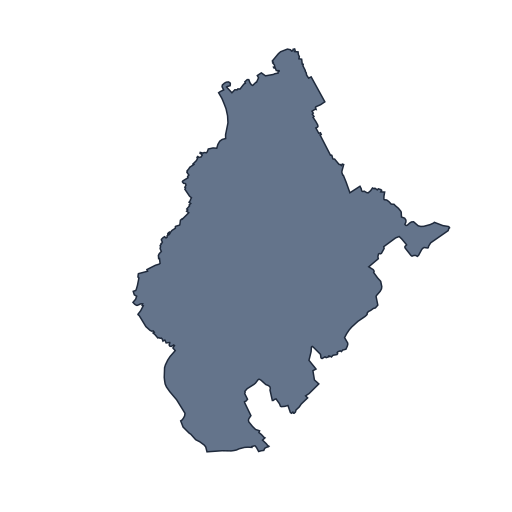 Thanh Hoa, Thanh Hóa, Vietnam, rotated 227°
{"feature_id": "81297802B5241398972305", "entity_name": "Thanh Hoa", "entity_type": "district", "adm_level": 2, "iso_a3": "VNM", "parent_name": "Vietnam", "parent_adm1": "Thanh Hóa", "projection": "albers", "projection_center": [105.783, 19.808], "detail": "fine", "context": "isolated", "style": "filled", "palette": "slate", "viewbox_px": 512, "rotation_deg": 227, "n_neighbors": 0, "source": "geoboundaries", "source_scale": "gbopen_adm2", "svg_char_len": 6156}
<svg xmlns="http://www.w3.org/2000/svg" viewBox="0 0 512 512"><g transform="rotate(227 256 256)"><path d="M145.3,417.0L146.4,416.8L150.8,413.4L159.0,409.4L159.0,408.3L160.2,404.8L163.3,398.9L165.2,396.7L167.5,395.2L173.6,394.6L174.9,392.9L175.3,390.9L175.3,387.7L175.9,386.6L176.5,386.4L177.6,386.5L178.6,388.8L180.0,390.1L182.3,390.5L185.3,389.0L188.9,392.0L189.8,392.4L193.8,392.7L197.8,392.2L199.7,392.2L201.7,390.3L205.2,390.3L207.8,389.8L209.7,388.2L210.5,388.4L212.5,390.4L215.0,393.7L217.8,391.0L218.4,392.7L219.4,392.6L221.7,391.3L221.7,389.8L224.5,389.2L224.6,388.3L226.3,387.6L225.6,384.5L225.7,381.1L226.8,380.2L229.7,379.3L230.2,378.2L230.8,377.8L231.7,377.8L233.6,378.9L236.1,379.6L238.2,367.8L248.6,372.3L255.4,374.9L255.9,374.6L258.3,375.6L259.4,376.6L263.1,382.5L264.4,381.8L264.0,380.1L265.3,380.1L266.4,379.2L273.3,379.6L274.3,378.5L275.2,378.7L277.6,380.0L278.2,380.1L278.9,379.2L300.8,385.4L300.4,386.6L302.2,387.2L303.0,385.6L308.8,387.1L308.3,388.9L308.6,389.8L309.8,390.5L313.3,391.4L318.5,392.3L318.5,393.6L321.3,393.9L321.4,395.3L323.7,395.7L323.0,399.4L322.2,399.9L324.2,400.9L324.3,401.6L322.6,406.4L321.8,411.5L349.4,418.5L350.2,415.8L353.8,416.4L355.8,417.7L357.5,418.0L358.1,418.6L363.0,420.0L364.0,421.3L364.8,420.7L368.8,423.6L371.0,421.9L372.3,423.7L374.5,424.4L376.6,426.0L379.1,423.7L379.6,424.8L381.1,425.5L381.9,424.1L381.0,423.1L381.6,421.8L383.3,421.9L385.9,420.1L388.6,413.3L388.7,410.4L387.5,400.9L385.9,400.7L385.9,399.9L383.2,399.8L381.6,398.8L382.2,397.6L381.1,397.4L380.7,398.4L377.8,397.3L375.8,399.3L375.3,398.8L375.9,398.0L374.7,396.9L376.5,394.0L376.9,392.6L381.3,385.8L386.3,384.8L387.1,380.0L384.6,379.4L382.7,374.8L383.1,374.4L383.0,369.9L384.4,369.4L387.0,369.8L389.9,371.0L391.0,369.9L391.0,366.6L389.6,366.1L390.0,364.4L389.0,358.2L390.6,356.7L390.4,355.5L392.0,353.9L391.8,349.7L399.7,349.7L399.6,350.5L398.2,353.2L399.4,354.7L400.4,355.1L402.1,354.6L403.4,352.8L403.9,350.9L404.0,348.0L402.9,346.6L399.5,345.6L400.6,342.1L400.9,340.0L394.4,338.5L389.3,336.6L384.1,334.5L377.9,330.8L372.5,326.3L365.4,316.4L362.6,313.9L364.3,310.8L364.7,307.8L363.6,304.2L361.6,300.8L364.3,298.3L366.8,294.1L365.5,291.6L365.3,290.2L367.1,288.6L367.3,287.5L369.8,285.9L369.3,285.1L367.4,285.6L366.5,285.5L365.9,283.2L367.7,280.6L368.6,281.9L368.4,280.1L367.0,279.4L366.8,278.7L366.4,277.1L366.3,272.7L365.3,272.9L366.1,268.1L365.6,266.4L365.2,263.4L364.3,263.1L364.2,262.5L361.0,262.1L360.8,260.2L359.6,259.6L360.8,253.9L360.6,252.9L360.3,252.7L358.5,252.6L357.2,253.7L356.6,253.7L355.5,253.0L354.8,250.8L353.8,250.9L353.3,249.5L345.1,248.2L342.6,248.5L342.0,246.7L341.4,245.9L341.0,243.7L338.9,244.1L338.9,241.9L338.0,241.6L337.6,237.4L336.2,237.5L336.1,235.8L333.5,236.3L333.2,227.3L333.6,227.3L333.7,225.1L331.1,222.0L330.7,221.2L332.5,217.5L332.4,216.9L331.3,216.0L332.0,212.1L331.7,209.5L331.1,208.2L331.0,207.1L331.5,207.3L332.6,208.5L332.7,207.7L332.4,206.5L331.7,206.1L331.3,205.5L331.4,204.8L330.4,203.8L330.4,203.3L330.6,202.6L331.1,202.3L332.4,202.4L332.8,200.9L332.7,198.2L332.2,197.7L330.0,197.0L329.7,196.3L329.8,194.9L329.2,194.6L329.1,193.1L327.9,192.5L326.8,190.9L323.9,189.9L323.7,186.9L323.0,185.0L320.5,183.0L320.0,183.7L316.0,180.8L316.2,179.4L317.8,176.2L320.5,167.0L318.8,166.3L323.2,158.1L323.2,157.7L321.3,155.5L320.6,155.2L319.8,155.4L315.4,149.3L313.2,145.6L312.8,144.5L313.9,142.1L310.6,140.5L308.0,141.3L306.5,138.6L306.0,134.4L303.5,134.4L301.5,134.9L300.8,135.6L299.6,139.1L298.3,140.5L297.5,139.0L296.5,139.6L294.6,134.3L293.9,129.9L293.0,129.7L292.4,130.0L279.4,127.3L273.8,127.8L272.1,128.5L271.3,129.7L269.6,129.6L269.9,128.2L267.5,128.5L263.0,128.3L262.6,129.2L261.2,129.8L260.5,130.8L259.3,130.8L257.2,129.9L257.0,131.5L256.6,132.0L253.7,131.0L251.6,133.9L251.2,133.7L250.2,131.8L248.8,131.5L247.7,132.3L247.1,135.1L246.1,135.3L245.4,132.5L241.9,132.4L241.1,124.6L240.1,120.5L238.2,115.6L236.7,113.0L229.8,106.1L227.1,104.1L224.4,102.3L221.3,101.2L215.5,100.4L205.0,99.9L189.4,96.8L187.7,94.7L186.9,92.3L186.5,90.2L186.8,88.5L180.6,86.0L172.0,86.3L170.2,86.8L162.8,86.6L158.4,88.2L153.0,89.2L150.6,89.0L146.2,86.6L136.7,98.4L130.4,104.9L128.7,107.3L127.4,109.5L126.6,112.0L123.9,117.0L121.7,119.7L118.8,122.5L119.5,123.0L118.1,125.6L117.6,125.9L115.5,125.7L111.2,124.6L110.0,127.0L108.5,129.1L109.4,131.2L109.0,133.0L108.0,135.1L108.0,135.7L109.4,135.3L111.6,135.5L116.9,135.2L116.9,138.5L117.8,138.2L121.8,138.2L124.9,137.7L125.7,139.4L129.4,137.4L133.8,137.2L139.6,137.6L141.1,138.5L141.9,139.8L142.7,143.4L156.3,147.6L157.3,148.2L156.7,149.8L157.0,152.1L163.1,153.9L163.8,155.2L164.6,155.5L165.0,159.1L163.5,166.9L163.4,169.0L164.1,173.0L163.9,174.1L163.3,174.5L162.1,174.9L155.3,175.5L152.6,176.8L150.7,176.9L149.5,176.3L148.4,174.8L139.2,169.4L138.6,170.1L138.5,171.7L137.8,173.2L131.9,172.4L129.4,171.4L128.5,171.8L126.4,174.5L124.9,177.4L118.1,174.4L116.8,174.7L116.7,176.5L115.5,176.2L115.0,176.6L115.0,178.4L116.1,180.3L116.1,184.7L116.9,188.1L117.0,197.0L119.9,196.9L119.2,201.0L119.6,214.7L125.5,214.2L133.3,219.4L132.4,222.8L143.6,223.6L148.5,231.1L151.5,234.3L151.7,235.0L151.4,235.6L149.2,235.8L140.1,236.1L137.3,234.1L136.5,234.1L135.9,234.5L135.2,237.7L133.8,238.0L132.6,240.6L133.3,241.0L133.1,241.3L132.5,241.0L131.7,242.1L130.7,242.3L130.9,244.6L128.7,248.0L128.9,249.1L130.0,249.5L130.1,250.6L129.2,252.9L127.8,253.3L128.1,255.2L126.5,258.2L127.8,261.3L128.8,262.9L129.8,263.7L135.9,265.1L137.4,269.5L138.4,273.8L138.8,277.4L138.7,286.1L137.4,294.5L137.4,296.8L137.5,297.4L138.5,298.5L138.7,300.4L138.0,302.7L137.6,306.1L136.6,307.9L137.0,311.6L144.5,316.2L144.9,317.0L145.5,322.7L146.4,325.4L147.8,327.1L152.4,329.9L157.2,330.0L163.7,330.8L164.1,331.8L165.1,332.3L166.2,332.4L171.2,331.1L170.6,343.6L172.3,344.6L173.9,346.9L173.8,347.8L172.8,348.4L172.4,349.5L174.1,354.8L175.7,355.8L174.0,370.5L172.6,374.0L168.9,374.2L161.7,373.8L161.4,373.7L161.4,371.5L161.0,370.9L160.1,370.5L150.7,369.7L149.5,370.0L148.8,371.7L147.9,372.8L147.0,373.4L145.7,373.7L145.6,375.3L147.7,381.5L147.9,383.0L147.6,384.7L144.8,387.0L144.6,387.7L145.5,389.0L146.5,392.8L143.5,413.8L144.6,415.7L144.6,416.8L145.3,417.0Z" fill="#64748b" stroke="#1e293b" stroke-width="1.5"/></g></svg>